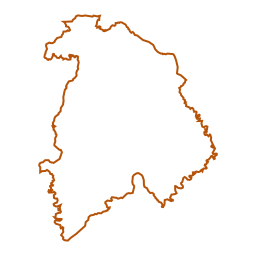 outline of Makeoana, Berea, Lesotho
{"feature_id": "5366337B60128688215612", "entity_name": "Makeoana", "entity_type": "district", "adm_level": 2, "iso_a3": "LSO", "parent_name": "Lesotho", "parent_adm1": "Berea", "projection": "albers", "projection_center": [28.111, -29.223], "detail": "fine", "context": "isolated", "style": "outline", "palette": "amber", "viewbox_px": 256, "rotation_deg": 0, "n_neighbors": 0, "source": "geoboundaries", "source_scale": "gbopen_adm2", "svg_char_len": 5675}
<svg xmlns="http://www.w3.org/2000/svg" viewBox="0 0 256 256"><path d="M163.1,207.1L164.5,204.3L164.7,200.1L167.4,199.3L171.1,201.1L172.9,200.6L172.8,199.8L170.9,199.2L170.1,197.8L171.5,194.6L175.0,194.1L176.6,193.2L175.3,190.7L175.1,186.2L175.7,186.1L178.1,187.8L181.0,188.4L182.7,187.8L183.0,186.9L182.6,185.6L181.3,184.3L181.0,183.1L182.3,182.0L183.4,177.9L184.8,177.0L186.3,178.1L187.5,179.6L189.7,179.9L191.0,179.1L191.4,177.8L189.6,176.9L189.3,176.3L189.5,175.8L191.8,175.7L193.1,175.1L192.9,172.4L193.8,172.3L194.7,173.8L195.5,173.0L195.7,171.8L196.4,171.5L198.4,172.1L200.0,171.5L201.3,170.0L202.4,171.4L203.1,168.9L203.7,168.5L206.3,168.5L206.7,168.0L204.7,165.2L205.0,164.5L206.3,164.3L206.7,163.0L207.7,162.5L208.0,161.9L206.5,160.8L206.8,160.2L208.6,159.6L210.6,157.3L211.2,156.1L212.0,155.9L214.0,159.1L214.7,158.8L214.8,158.4L214.2,156.7L216.8,154.8L216.7,153.7L215.1,153.6L213.5,154.2L212.6,152.9L215.0,148.5L214.5,147.6L213.3,147.7L211.4,146.8L211.3,146.2L211.8,145.6L213.0,146.2L213.6,146.0L210.8,140.1L211.2,137.8L210.3,134.7L209.8,134.5L208.5,136.2L207.0,134.7L205.3,135.1L204.4,133.8L204.3,132.2L205.0,131.8L206.2,132.5L206.8,131.7L206.7,130.5L205.3,129.9L205.2,129.3L207.0,129.1L207.4,126.6L206.2,126.1L204.9,126.5L204.0,127.4L202.3,126.6L201.4,123.4L202.1,120.9L198.5,121.0L199.5,120.2L199.9,118.5L197.2,118.9L196.4,117.8L199.4,116.0L199.6,115.1L199.1,114.7L197.1,115.9L195.9,115.9L196.6,112.1L195.9,111.5L194.1,111.8L193.2,108.7L192.3,107.9L191.5,108.0L190.4,108.9L189.5,107.5L186.1,106.1L186.2,104.2L184.7,103.1L185.8,102.1L184.8,101.5L185.0,100.1L183.4,99.2L183.5,97.8L181.2,95.3L180.7,93.5L179.5,92.2L180.0,89.6L179.2,88.0L180.4,87.5L180.9,86.2L181.7,86.1L183.4,84.7L183.6,83.5L185.0,82.5L185.2,81.0L186.2,80.0L180.9,75.3L177.4,73.8L177.0,73.3L177.7,67.0L176.2,60.7L174.7,56.4L173.4,54.3L172.9,54.1L167.3,53.6L165.8,54.3L164.0,53.8L162.9,54.2L162.2,53.5L160.6,53.5L157.7,51.9L155.3,49.4L153.3,45.0L148.8,41.9L142.9,40.0L137.1,35.4L134.8,35.0L133.6,32.8L132.7,32.0L131.3,32.8L129.9,31.3L129.1,29.3L128.4,29.1L127.9,27.5L126.9,27.1L125.6,24.6L121.9,22.5L120.1,22.2L119.2,22.9L118.0,22.5L117.1,23.1L115.7,23.0L115.4,25.2L114.5,25.8L112.4,25.3L110.8,26.8L109.9,28.8L106.4,30.5L105.1,30.0L104.6,30.4L104.9,31.0L104.2,31.2L103.4,31.0L103.1,30.1L99.8,28.6L100.5,27.1L99.7,26.4L99.1,26.4L98.4,27.3L97.6,27.5L97.9,26.8L97.1,26.9L95.9,26.1L96.7,24.7L97.1,21.7L97.9,19.9L99.2,19.9L99.4,17.2L99.9,15.8L97.4,16.4L93.6,15.6L92.6,16.6L85.2,15.5L82.1,16.0L77.9,15.4L75.9,16.4L75.3,18.0L73.1,19.7L72.0,21.5L63.7,21.8L64.6,22.4L66.0,25.0L66.0,26.3L68.2,26.8L69.1,27.8L70.0,30.1L69.5,30.7L68.3,30.8L67.4,30.4L66.5,31.4L63.5,31.6L62.9,33.9L61.8,35.3L61.4,36.9L57.2,38.0L54.9,40.7L54.7,41.7L52.6,43.1L50.8,43.2L49.4,42.6L46.4,44.1L46.0,45.7L47.0,49.0L45.5,52.3L45.6,53.2L44.9,54.4L44.4,57.0L45.0,57.9L46.2,58.2L47.8,59.8L48.4,59.9L49.0,59.1L50.2,59.5L51.1,59.1L52.0,57.7L53.0,55.4L52.8,54.6L53.2,53.9L53.9,54.0L54.4,55.6L55.8,56.1L56.9,57.7L58.9,58.1L60.9,55.9L61.3,57.3L63.3,58.5L63.4,59.4L64.6,58.7L66.4,58.7L67.1,59.4L68.4,59.7L70.5,59.4L70.6,59.0L70.4,57.9L69.2,56.0L69.2,55.3L70.0,54.8L70.5,55.0L70.5,56.4L71.2,56.9L72.2,56.1L72.3,55.2L73.2,55.5L74.5,57.3L75.1,57.2L75.4,56.2L76.6,56.0L77.8,56.5L77.5,57.0L78.0,57.9L77.6,59.7L78.4,60.9L78.7,62.6L77.7,67.1L78.2,68.9L76.9,70.9L76.3,72.8L76.6,75.7L74.9,77.8L73.1,79.1L73.1,79.9L72.3,80.6L68.8,81.4L66.4,85.4L66.1,86.7L66.5,86.8L66.4,88.3L65.1,89.4L64.7,90.4L63.3,97.3L63.6,101.4L63.3,101.9L63.1,104.5L60.8,108.0L60.6,111.2L58.5,113.3L58.5,114.3L55.3,116.7L54.4,118.6L54.2,120.5L52.9,123.0L53.0,124.9L55.1,126.4L54.3,126.9L52.7,126.5L53.8,129.1L53.6,129.8L54.2,130.2L55.6,132.5L55.6,133.9L56.5,134.6L56.2,136.4L55.3,137.7L55.1,139.0L55.3,141.5L54.4,144.0L54.4,145.5L59.4,149.8L60.8,149.9L61.9,152.2L59.6,158.9L53.6,162.9L50.0,162.0L48.6,160.2L45.2,160.2L42.9,162.3L41.3,162.5L39.7,163.4L39.2,165.6L40.3,167.4L40.2,172.3L42.1,171.1L45.4,171.0L47.0,169.9L49.5,171.7L50.3,173.9L51.9,174.0L52.1,174.7L53.3,175.7L52.8,177.5L53.4,178.0L54.1,180.4L52.7,180.8L52.9,181.3L52.5,182.3L51.2,183.1L51.1,183.7L53.1,185.2L52.8,185.7L51.1,185.5L50.1,186.0L50.0,186.5L51.1,187.8L50.9,189.4L52.1,189.7L52.3,190.1L50.8,190.8L48.9,190.1L48.4,191.5L49.0,192.6L52.8,192.4L54.2,191.9L55.4,192.9L55.4,193.9L53.8,195.2L54.0,197.9L55.2,198.5L57.1,198.5L57.7,200.4L56.9,202.6L55.0,203.1L53.6,204.2L54.1,205.6L56.0,206.5L57.4,206.4L60.6,205.0L59.8,206.9L59.9,208.4L58.3,208.5L58.3,209.1L58.5,210.3L60.4,210.4L60.9,211.8L60.1,212.8L58.4,212.9L55.9,214.0L55.5,216.9L55.1,217.4L54.5,217.3L55.1,218.0L57.9,218.9L61.5,219.0L61.5,219.6L59.7,220.8L55.5,220.3L54.8,221.2L54.7,222.3L56.0,223.8L60.1,225.0L60.6,225.9L60.5,227.7L60.9,228.4L61.6,228.3L62.6,227.2L63.3,227.7L63.0,229.8L63.3,232.0L61.1,235.1L63.3,237.3L63.0,238.9L64.0,239.9L65.1,240.3L67.8,240.6L70.9,237.7L76.1,234.0L85.2,225.8L85.7,222.1L88.3,219.9L88.6,217.2L90.4,215.5L94.1,214.7L95.0,213.9L96.6,214.2L98.1,213.1L101.2,213.3L103.1,211.7L106.0,211.1L106.4,210.5L107.6,210.5L108.0,209.6L109.4,208.5L109.7,207.4L107.6,207.6L107.0,207.0L106.6,204.9L105.3,203.2L105.3,202.2L107.3,200.6L111.3,201.0L112.0,200.2L111.1,198.7L112.0,197.2L116.8,197.9L117.5,198.5L118.6,198.6L121.1,197.6L122.4,198.1L126.9,193.7L128.8,193.1L130.2,193.4L132.7,192.9L134.2,186.9L134.1,185.9L132.8,184.2L132.3,182.2L132.8,176.6L133.9,175.0L136.7,173.3L138.5,173.1L141.6,175.0L142.6,176.4L143.8,180.2L143.9,184.4L144.4,186.8L147.1,188.3L148.2,190.8L150.2,193.0L152.1,192.8L153.6,193.8L153.9,194.2L153.7,195.4L155.6,197.6L155.6,198.3L156.5,198.7L157.5,200.4L158.1,200.4L158.8,201.8L161.1,202.6L161.6,203.2L162.6,205.2L162.6,205.9L161.9,206.4L162.0,206.9L163.1,207.1Z" fill="none" stroke="#b45309" stroke-width="2"/></svg>